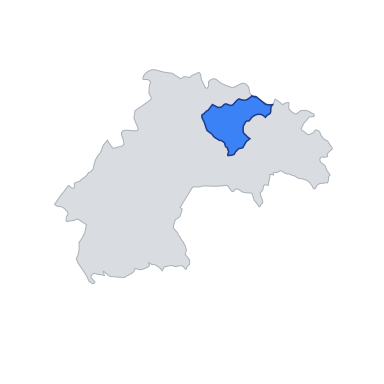 Kankan highlighted on a map of Guinea, rotated 302°
{"feature_id": "GIN-5641", "entity_name": "Kankan", "entity_type": "Prefecture", "adm_level": 1, "iso_a3": "GIN", "parent_name": "Guinea", "parent_adm1": "", "projection": "robinson", "projection_center": [-8.816, 10.042], "detail": "fine", "context": "in_parent", "style": "filled", "palette": "blue", "viewbox_px": 384, "rotation_deg": 302, "n_neighbors": 0, "source": "natural_earth", "source_scale": "10m", "svg_char_len": 4888}
<svg xmlns="http://www.w3.org/2000/svg" viewBox="0 0 384 384"><g transform="rotate(302 192 192)"><path d="M230.2,250.8L227.5,250.4L226.3,251.0L222.6,255.8L220.5,257.7L217.1,257.1L215.9,257.4L215.0,256.9L216.2,254.2L218.0,249.0L222.4,243.8L222.5,242.7L220.7,239.6L218.8,235.4L218.8,230.9L218.4,227.7L214.5,226.8L213.8,226.2L213.7,225.2L215.9,219.6L216.1,218.4L215.8,217.4L213.4,214.6L209.6,209.3L203.2,198.4L200.7,196.1L198.4,192.8L197.6,190.7L195.2,189.9L172.6,190.1L172.2,192.9L164.4,194.8L159.6,192.6L154.2,193.9L151.6,195.3L149.6,201.7L148.5,203.0L147.3,205.9L146.3,207.4L145.1,210.6L142.6,215.0L139.9,217.9L135.4,219.5L133.9,224.2L132.9,225.9L131.2,227.3L129.3,228.2L125.6,227.3L123.5,228.1L123.2,226.9L124.3,223.2L123.4,221.3L119.9,217.4L119.5,215.5L118.5,213.1L113.8,208.2L109.4,208.5L110.7,204.3L110.6,198.8L109.1,195.8L109.5,192.7L108.7,192.9L107.3,195.0L104.9,194.3L100.1,191.0L97.8,187.9L97.5,185.1L97.0,184.1L95.5,184.7L92.5,184.6L83.5,179.8L77.1,167.6L76.9,164.9L77.9,160.2L77.7,158.9L74.7,162.0L74.1,159.9L71.9,155.0L71.3,152.2L69.1,151.0L67.3,150.8L66.0,151.7L64.2,157.4L62.9,157.4L61.5,156.1L61.8,151.9L65.3,146.6L71.3,133.1L73.4,130.1L74.7,129.0L77.4,128.9L82.8,127.1L89.5,122.9L94.5,123.2L100.5,122.7L108.3,119.8L108.5,110.8L108.2,108.8L105.4,107.0L103.8,105.4L102.5,103.4L100.8,102.0L100.8,100.5L104.3,98.6L107.5,98.6L108.5,97.9L109.3,96.6L110.2,93.3L110.6,89.9L108.5,85.3L108.6,82.0L120.1,82.5L126.3,83.4L131.5,83.6L132.3,84.4L131.6,87.6L132.2,89.4L134.0,89.9L136.8,87.7L138.3,88.2L141.5,91.0L144.5,91.7L147.8,93.2L150.8,94.0L153.5,93.9L155.6,95.5L159.4,96.0L164.3,94.0L168.2,93.1L173.7,92.9L176.5,93.6L184.8,92.0L191.3,92.9L190.3,94.0L187.3,101.2L187.6,102.4L194.2,108.6L195.8,109.0L197.6,108.2L200.5,105.3L202.7,102.3L204.9,100.8L207.4,100.9L209.4,103.1L214.1,112.1L215.3,113.3L216.4,113.2L218.5,111.5L219.5,109.6L223.9,103.6L230.7,100.6L246.7,107.5L249.1,108.0L250.5,107.5L252.5,103.4L258.5,100.0L261.4,99.0L263.1,98.9L263.7,97.8L264.0,96.1L263.7,94.4L261.8,91.4L261.8,90.4L262.8,89.9L265.1,89.4L268.1,89.7L271.5,91.0L274.2,93.0L275.8,95.2L278.8,104.8L282.2,112.3L282.0,122.3L283.5,123.4L285.2,123.8L286.0,124.6L287.6,128.7L289.1,129.9L291.0,130.2L294.5,132.9L296.7,133.9L297.0,134.7L296.9,135.8L296.1,137.2L292.7,140.0L291.1,142.3L287.6,148.0L287.5,149.1L288.3,149.9L289.7,150.0L291.2,149.6L294.3,147.5L296.8,148.3L299.2,149.9L300.1,151.5L300.3,153.7L299.8,156.5L299.7,159.6L300.5,164.9L301.7,170.2L303.0,172.1L310.9,176.8L311.7,178.6L312.1,180.5L311.5,183.2L310.7,184.7L306.3,188.9L305.7,190.9L306.0,194.5L306.3,210.1L308.0,212.7L310.1,214.1L314.9,213.3L314.7,217.6L314.1,222.5L316.9,224.0L318.3,225.4L319.1,226.8L314.7,229.4L313.4,230.9L312.8,234.9L312.9,238.7L318.9,241.3L321.1,244.5L322.2,247.7L322.5,253.8L322.0,255.2L320.5,255.3L317.5,251.5L312.9,251.1L309.5,250.4L303.7,250.9L302.8,252.0L302.1,260.2L303.5,261.5L306.2,263.1L308.0,263.7L309.5,263.5L310.6,264.5L310.9,267.2L310.1,269.2L308.6,271.0L306.7,275.7L307.1,280.0L303.9,286.9L303.0,288.2L298.7,286.9L296.0,286.4L293.9,288.2L291.2,285.5L290.7,283.4L289.7,283.0L287.8,282.9L286.1,284.1L285.3,286.3L284.9,290.7L281.8,294.9L279.6,300.1L277.1,299.6L276.6,300.3L273.9,301.6L271.5,302.0L270.9,300.6L269.6,299.5L268.1,297.3L266.4,295.5L263.1,294.2L261.8,294.8L260.3,294.6L259.3,293.9L259.4,292.9L261.1,290.1L262.1,287.6L262.6,284.9L262.6,282.3L261.7,278.7L260.2,275.8L259.9,274.1L260.1,271.7L259.7,269.4L259.2,268.3L258.5,264.1L257.7,263.3L257.2,259.9L257.3,256.4L256.1,255.1L254.1,254.2L252.9,252.8L252.2,251.3L251.5,250.9L250.9,251.0L250.3,251.9L249.6,252.1L248.5,248.8L248.0,248.7L247.2,249.5L238.0,253.1L236.8,250.0L235.0,249.4L232.0,250.7L230.2,250.8Z" fill="#d9dde1" stroke="#a8b0b8" stroke-width="1"/><path d="M305.8,191.8L305.0,192.1L305.0,192.5L305.1,192.9L305.2,193.2L305.3,193.3L305.5,193.3L305.9,193.6L306.0,194.3L306.0,194.5L305.8,194.7L305.7,194.8L305.8,195.2L306.0,195.2L306.6,195.2L306.8,196.0L305.5,206.5L305.4,206.9L305.5,207.8L305.6,208.7L305.8,209.4L306.0,210.0L308.1,213.3L308.7,214.1L305.9,213.9L303.7,215.1L301.6,216.3L299.9,216.6L297.5,215.4L296.0,214.9L294.2,214.7L294.7,211.6L294.3,209.1L292.6,206.5L290.9,204.9L288.8,203.9L287.3,203.2L283.7,202.9L282.3,202.6L281.5,201.0L279.9,200.3L274.9,200.6L271.3,202.7L269.4,204.4L268.1,210.1L267.9,212.9L263.5,211.3L256.3,211.6L253.4,208.5L252.3,208.3L251.9,208.3L249.0,207.6L246.2,207.8L244.1,206.1L241.9,203.1L243.0,202.3L245.6,201.8L246.9,199.9L248.1,198.9L248.2,196.7L249.5,194.9L250.9,193.7L251.2,189.7L250.3,187.9L250.3,181.6L251.6,178.3L252.1,172.2L253.8,170.0L257.6,165.5L259.4,162.5L260.7,160.7L262.5,159.6L265.1,160.7L268.2,161.4L270.1,162.4L277.0,163.0L277.3,167.2L277.6,169.5L279.3,171.7L280.8,172.3L283.4,172.9L284.7,174.0L285.3,176.4L285.5,178.3L287.3,180.4L290.8,181.0L294.2,181.7L295.9,182.6L296.3,184.6L297.3,187.4L299.1,189.6L301.9,190.7L303.6,191.5L305.8,191.8Z" fill="#3b82f6" stroke="#1e3a8a" stroke-width="1.5"/></g></svg>